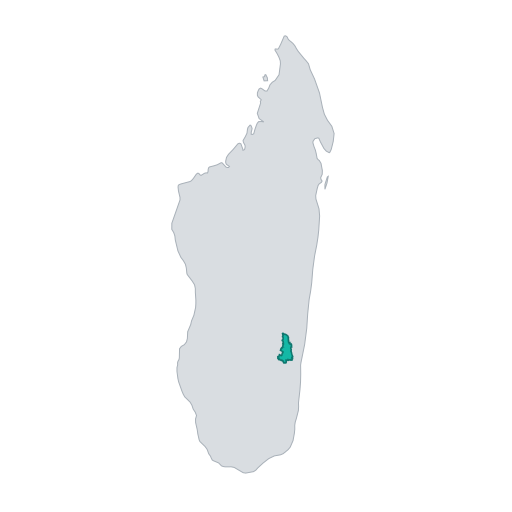 Ikongo, Vatovavy-Fitovinany, Madagascar (highlighted), rotated 351°
{"feature_id": "10022922B6018255004858", "entity_name": "Ikongo", "entity_type": "district", "adm_level": 2, "iso_a3": "MDG", "parent_name": "Madagascar", "parent_adm1": "Vatovavy-Fitovinany", "projection": "natural_earth1", "projection_center": [47.46, -21.855], "detail": "fine", "context": "in_parent", "style": "filled", "palette": "teal", "viewbox_px": 512, "rotation_deg": 351, "n_neighbors": 0, "source": "geoboundaries", "source_scale": "gbopen_adm2", "svg_char_len": 7700}
<svg xmlns="http://www.w3.org/2000/svg" viewBox="0 0 512 512"><g transform="rotate(351 256 256)"><path d="M327.2,54.3L328.4,57.6L329.8,60.7L334.3,68.4L336.2,71.3L337.9,74.4L338.7,80.6L341.5,90.3L344.2,104.9L344.9,119.8L345.7,126.7L347.8,133.1L351.2,139.8L352.3,147.3L350.2,154.9L347.1,162.2L346.3,163.5L344.9,165.4L344.3,165.3L341.8,163.4L339.9,160.4L337.4,153.2L336.5,149.5L335.4,149.0L332.5,149.3L330.3,151.6L329.9,153.0L330.4,157.0L331.2,160.7L331.5,164.4L331.6,169.1L332.4,170.5L333.5,171.7L334.7,174.7L334.9,182.0L334.2,185.6L332.1,188.8L332.2,190.5L333.0,192.3L332.2,193.4L329.5,194.8L328.4,196.0L326.9,199.2L324.4,205.7L324.1,209.1L325.6,219.3L325.1,226.5L322.0,240.3L320.2,246.9L317.7,254.7L313.9,265.0L310.0,278.0L306.8,291.3L304.4,299.4L301.7,307.2L298.0,321.2L294.8,335.4L290.2,351.0L283.7,368.4L283.0,370.7L281.7,379.6L280.3,387.3L278.5,394.9L275.0,407.6L274.5,411.5L273.7,415.2L270.3,423.1L268.8,426.1L267.8,429.2L267.2,433.2L266.2,437.0L263.7,444.1L259.9,450.1L257.4,452.3L251.9,455.5L249.1,456.2L242.9,456.3L236.9,458.1L230.6,461.6L224.6,465.6L222.3,467.5L219.8,468.6L211.8,468.8L209.4,468.0L201.4,461.4L198.4,460.3L192.5,459.4L190.7,458.8L189.1,457.9L186.7,454.5L182.0,451.6L180.9,450.7L180.2,448.6L179.7,446.5L178.4,444.0L177.5,439.4L175.9,436.2L171.6,430.5L171.1,428.7L170.7,422.6L170.8,418.5L170.3,411.0L170.8,407.5L172.3,404.3L171.6,400.9L170.0,397.3L169.4,393.5L168.1,390.1L163.6,384.0L162.5,381.0L161.7,377.8L159.9,368.1L159.7,364.7L159.9,357.5L160.5,353.8L161.6,351.3L161.8,349.3L162.5,347.7L163.6,346.4L164.3,344.8L166.0,335.6L168.1,333.6L171.3,332.4L173.9,330.0L175.3,326.8L176.7,320.1L180.8,313.5L182.2,310.0L185.4,304.8L188.3,297.4L189.1,293.9L189.7,290.3L190.4,282.5L191.0,278.6L190.8,274.8L189.1,270.8L185.2,263.6L185.0,262.3L185.3,256.9L185.0,253.1L183.5,249.2L181.6,245.6L179.7,238.8L178.8,227.6L179.0,223.5L178.4,219.9L177.0,216.5L178.0,210.5L189.7,188.8L190.1,186.2L189.6,179.6L189.8,175.7L190.2,174.3L191.1,173.5L193.1,173.1L202.7,172.1L204.0,171.5L206.3,169.6L209.6,166.1L211.1,165.1L212.4,165.4L213.3,167.0L214.3,167.8L218.2,166.2L219.7,166.1L221.2,166.4L221.9,164.9L222.3,163.0L222.9,161.6L223.9,160.8L228.9,160.3L232.1,159.8L236.2,158.4L237.1,158.7L240.4,163.6L241.4,164.1L242.7,164.3L243.8,163.4L241.1,160.8L240.7,159.3L240.9,157.6L242.3,154.0L244.7,151.3L250.1,147.2L255.6,142.4L257.2,142.0L258.6,142.8L259.7,148.4L259.5,149.4L260.4,149.5L261.5,148.8L262.4,146.5L262.4,144.6L261.7,142.8L261.3,141.3L261.3,139.9L264.1,136.5L266.3,133.3L267.4,129.5L268.2,127.8L270.6,125.8L271.3,126.1L271.8,127.7L272.1,129.4L271.5,131.1L270.7,132.8L270.3,135.0L271.6,135.4L272.9,134.9L274.7,130.9L276.8,127.0L278.0,125.1L279.6,123.7L282.2,124.0L284.7,124.8L280.6,120.8L279.6,115.3L284.5,105.7L284.5,103.8L285.2,103.2L285.6,102.4L283.0,99.2L282.5,97.6L282.9,95.1L284.1,93.0L285.2,91.5L286.8,90.9L288.0,91.7L290.7,94.4L292.6,94.8L294.8,92.2L296.6,89.1L299.3,86.9L302.4,85.6L307.1,80.6L310.2,70.1L310.5,67.1L309.8,63.4L308.7,59.9L306.9,55.5L307.4,54.5L310.0,55.1L310.8,54.5L313.6,50.6L318.3,43.2L319.8,43.2L321.1,44.6L321.6,46.6L322.5,48.1L325.6,51.6L327.2,54.3ZM294.9,83.6L294.9,84.7L291.4,84.3L290.8,80.3L292.6,80.2L293.0,78.6L294.0,78.4L295.1,81.9L294.9,83.6ZM337.5,195.1L334.5,200.9L335.3,196.1L338.8,189.1L339.8,188.6L337.5,195.1Z" fill="#d9dde1" stroke="#a8b0b8" stroke-width="1"/><path d="M261.5,360.3L261.6,360.7L261.7,360.8L261.9,361.1L262.0,361.1L262.1,361.6L262.2,361.8L262.3,361.9L262.5,361.6L262.5,361.8L262.8,361.9L262.9,362.1L263.0,362.1L263.3,362.2L263.5,362.0L263.8,362.3L264.0,362.2L263.9,362.3L263.9,362.5L264.0,362.7L264.2,362.8L264.4,362.8L264.5,362.8L264.8,362.8L264.8,363.0L265.1,362.9L265.2,363.0L265.5,363.1L265.4,363.5L265.6,363.6L265.8,363.7L266.4,363.9L266.5,364.1L266.2,364.4L266.3,364.7L266.4,365.2L266.5,365.4L266.6,365.6L266.8,365.6L266.8,365.9L266.9,366.1L267.2,366.0L267.3,366.1L267.7,366.0L268.1,366.2L268.4,366.1L268.5,366.0L268.7,366.3L268.8,366.3L269.1,366.0L269.0,365.8L269.0,365.6L269.3,365.2L269.4,364.9L269.4,364.5L269.3,364.3L269.3,364.1L269.5,364.3L269.7,364.2L269.7,363.6L269.8,363.6L270.3,363.6L270.7,363.8L270.8,363.8L271.1,363.8L271.3,363.5L271.4,363.8L271.5,363.7L271.6,364.0L271.8,364.1L272.2,364.0L272.3,363.9L272.5,363.8L272.7,363.7L273.2,363.9L273.6,363.8L273.6,364.1L273.9,364.1L274.1,364.3L274.4,364.1L274.5,364.1L274.8,364.0L274.9,364.4L275.0,364.4L275.2,364.5L275.3,364.5L275.4,364.4L275.4,363.9L275.5,363.8L275.4,363.8L275.5,363.5L275.4,363.4L275.4,363.2L275.5,363.1L275.5,362.9L275.7,362.7L275.6,362.4L275.4,362.3L275.4,362.1L275.4,361.9L275.5,361.8L275.9,362.0L276.1,362.1L276.5,361.4L276.3,361.2L276.5,361.0L276.4,360.7L276.4,360.3L276.2,360.2L276.2,359.7L276.1,359.3L276.1,359.1L276.0,358.8L276.0,358.5L275.9,358.3L275.9,358.1L276.0,357.8L276.0,357.6L276.0,357.4L276.0,357.2L275.9,356.9L275.9,356.7L275.8,356.4L275.7,356.2L275.7,355.9L275.6,355.7L275.9,355.5L275.9,355.4L275.6,355.0L275.7,354.8L275.9,354.7L276.1,354.3L276.1,354.2L276.2,353.9L276.1,353.6L276.1,353.4L275.9,353.2L275.8,352.9L275.8,352.7L275.9,352.4L276.0,352.4L276.0,352.1L276.2,351.9L276.1,351.7L276.3,351.4L276.4,351.5L276.5,351.5L276.8,351.5L277.0,351.5L277.0,351.4L276.9,351.0L277.0,350.9L277.1,350.6L277.1,350.3L277.2,350.0L277.2,349.9L277.1,349.5L277.2,349.2L277.2,348.7L277.0,348.4L276.9,348.5L276.7,348.6L276.4,348.8L276.2,348.4L276.1,348.5L275.9,348.3L275.7,348.2L275.9,348.0L275.8,347.9L275.7,347.7L275.5,347.4L275.3,347.3L275.4,347.2L275.5,347.0L275.6,346.9L275.1,346.9L274.9,346.6L274.7,346.5L274.8,346.2L274.9,345.9L275.0,345.7L274.9,345.5L274.7,345.3L274.6,345.1L274.8,345.0L274.8,344.8L275.0,344.7L275.0,344.2L275.0,343.9L274.8,343.7L274.9,343.4L274.9,343.1L275.0,343.0L275.0,342.9L274.9,342.8L274.9,342.6L275.0,342.2L275.3,342.0L275.3,341.8L275.3,341.6L275.1,341.5L275.1,341.4L275.0,341.2L275.1,340.2L274.6,339.8L274.5,339.7L274.4,339.6L274.3,339.2L274.1,339.0L273.7,338.9L273.6,338.6L273.4,338.3L273.1,338.2L272.8,338.0L272.5,338.0L272.4,337.9L272.1,337.8L272.1,337.7L271.9,337.7L271.5,337.4L271.2,337.2L271.0,336.9L270.9,336.7L270.4,336.5L270.1,336.7L270.0,336.8L270.2,337.1L270.1,337.3L270.1,337.7L270.4,337.8L270.2,337.9L270.2,338.0L270.3,338.4L270.3,338.5L270.2,338.9L270.3,339.0L270.0,339.2L269.8,339.2L269.7,339.3L269.6,339.5L269.6,340.0L269.8,340.1L269.9,340.4L270.0,340.4L270.1,340.7L270.1,341.0L269.9,341.2L269.9,341.4L269.8,341.5L269.9,341.8L269.9,342.1L269.8,342.4L269.7,342.6L269.6,342.8L269.2,342.9L269.2,343.0L268.9,343.1L268.9,343.3L268.7,343.4L268.6,343.5L268.7,343.8L268.9,343.8L269.1,343.9L269.1,344.0L269.3,344.4L269.5,344.6L269.5,344.8L269.4,344.9L269.2,345.7L269.3,345.7L269.4,345.8L269.5,346.1L269.3,346.2L269.3,346.3L269.1,346.4L269.2,346.5L269.3,346.6L269.2,346.9L269.0,347.0L269.2,347.3L269.3,347.4L269.2,347.5L269.0,347.9L268.9,348.0L268.6,348.1L268.7,348.4L268.6,348.5L268.6,348.8L268.3,349.2L268.1,349.9L268.2,350.0L267.9,350.0L267.8,350.4L267.7,350.5L267.6,350.9L267.4,350.9L267.2,350.8L267.1,350.7L266.9,350.7L266.8,350.9L266.8,351.1L266.4,351.2L266.4,351.5L266.0,351.7L265.9,351.9L266.0,352.1L265.9,352.2L265.9,352.3L265.9,352.5L265.6,352.6L265.5,352.8L265.4,352.9L265.9,353.4L266.1,353.4L266.2,353.5L266.3,353.6L266.6,353.9L266.7,354.0L266.8,354.1L267.1,354.4L267.2,354.6L267.3,354.7L267.3,354.8L267.5,354.8L267.4,355.1L267.5,355.2L267.4,355.3L267.5,355.5L267.4,355.8L267.1,356.1L266.7,356.1L266.6,356.3L266.6,356.5L266.4,357.1L266.1,357.5L266.1,357.8L266.0,358.1L265.7,358.4L265.2,358.1L264.8,357.9L264.6,358.0L264.4,357.7L264.2,357.7L264.0,357.4L263.9,357.1L263.7,357.0L263.5,357.4L263.4,358.0L263.2,358.1L263.1,358.5L262.7,358.7L262.5,358.9L262.0,358.7L261.9,358.7L261.8,358.8L261.7,358.9L261.7,359.2L261.8,359.5L261.7,359.9L261.5,360.3Z" fill="#14b8a6" stroke="#0f766e" stroke-width="1.5"/></g></svg>